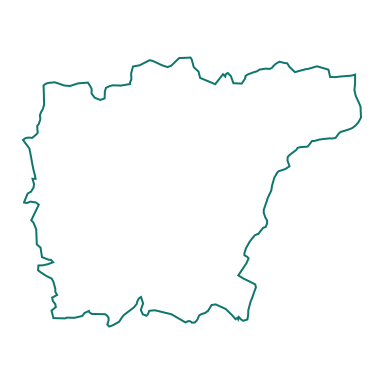 Dyarb Nigm, Ash Sharqiyah, Egypt (orthographic projection)
{"feature_id": "37247803B60189516177334", "entity_name": "Dyarb Nigm", "entity_type": "district", "adm_level": 2, "iso_a3": "EGY", "parent_name": "Egypt", "parent_adm1": "Ash Sharqiyah", "projection": "orthographic", "projection_center": [31.456, 30.753], "detail": "fine", "context": "isolated", "style": "outline", "palette": "teal", "viewbox_px": 384, "rotation_deg": 0, "n_neighbors": 0, "source": "geoboundaries", "source_scale": "gbopen_adm2", "svg_char_len": 4216}
<svg xmlns="http://www.w3.org/2000/svg" viewBox="0 0 384 384"><path d="M355.1,78.6L355.1,74.6L352.7,75.3L350.2,75.8L347.8,75.9L339.6,76.6L338.9,76.7L337.3,76.9L335.2,77.1L334.7,77.1L333.9,77.1L330.2,77.0L328.4,69.6L317.0,66.3L308.5,68.8L305.6,69.2L304.3,69.6L300.4,70.6L296.6,71.7L294.9,72.1L293.1,70.4L290.1,67.5L289.5,66.9L287.2,63.3L284.7,63.0L283.7,62.8L279.4,61.7L277.1,63.0L275.8,63.8L273.6,65.8L272.4,67.3L271.9,67.9L269.7,68.9L267.9,68.8L266.4,68.7L265.3,68.7L262.8,69.1L259.7,69.5L257.4,71.0L256.6,71.4L256.1,71.6L254.7,71.9L251.6,73.0L251.0,73.3L248.7,74.0L247.4,74.8L245.6,75.8L245.4,77.0L244.9,78.9L242.8,82.0L241.7,83.6L233.4,83.2L230.9,76.2L228.4,73.6L227.8,73.0L225.7,74.3L225.2,76.5L224.2,75.5L223.0,74.2L215.2,84.2L200.1,77.9L198.5,71.5L197.5,70.6L196.9,70.1L193.8,67.2L191.7,59.4L190.4,57.5L188.3,57.7L183.0,57.9L179.2,58.0L176.9,60.2L173.1,63.9L171.1,65.7L170.4,66.0L167.5,67.1L161.9,65.2L152.9,61.0L151.4,60.6L149.6,60.2L139.6,65.3L136.4,65.9L133.0,66.5L131.1,73.6L131.4,79.3L130.1,82.2L130.0,83.0L130.1,84.0L120.9,85.6L118.5,85.5L112.9,85.3L109.8,86.0L109.2,86.3L106.0,87.8L104.8,91.6L104.8,94.0L104.7,96.0L104.6,98.4L103.6,98.8L100.4,99.9L97.9,99.0L95.3,98.0L94.8,97.8L91.6,93.6L91.6,90.9L91.6,88.7L89.9,85.7L87.9,82.6L80.0,83.2L78.0,83.4L69.9,86.0L69.0,85.9L65.4,85.6L64.2,85.5L60.5,84.2L57.8,83.3L56.7,83.0L54.8,82.3L51.7,82.6L48.3,82.9L47.3,83.3L45.8,83.7L43.6,85.4L43.6,86.6L43.8,92.3L43.9,95.4L43.9,96.8L44.0,101.2L44.1,104.4L44.0,105.0L43.3,107.5L42.7,109.4L42.0,110.6L41.4,111.5L41.1,112.0L39.9,115.2L39.9,115.7L40.3,118.3L40.3,118.9L40.1,120.1L39.4,122.0L38.8,123.9L38.3,124.6L37.2,125.9L37.3,127.1L37.5,130.3L37.7,132.8L36.3,134.5L34.8,135.7L32.2,137.9L29.6,137.6L27.7,137.7L25.9,138.0L24.8,138.6L23.0,140.0L29.4,148.5L29.5,149.0L31.0,156.7L31.5,159.6L33.1,168.2L34.8,175.0L35.6,178.8L33.6,178.8L32.5,178.8L34.0,184.0L33.6,187.4L33.3,187.9L31.8,190.4L31.1,191.6L27.6,193.6L24.0,202.4L24.0,202.5L26.8,203.0L30.4,201.6L36.0,202.5L38.8,204.7L38.5,205.3L31.6,219.6L31.2,220.2L31.2,220.3L33.4,222.5L36.2,229.3L36.8,244.4L40.5,247.6L41.3,252.6L42.0,257.1L48.6,259.7L51.0,259.9L53.1,262.2L51.9,262.7L48.4,264.0L47.8,264.2L43.0,265.3L42.1,265.3L38.4,265.5L38.1,270.4L41.0,272.5L46.7,276.2L51.7,278.6L53.3,281.5L55.3,288.8L55.3,291.8L57.1,295.0L52.1,297.6L52.8,300.9L55.3,304.1L55.7,306.9L55.8,307.0L52.3,310.0L51.5,310.5L53.2,317.3L53.4,318.1L65.1,318.4L66.6,317.7L69.4,317.7L74.4,317.8L80.1,316.5L82.3,315.9L84.5,313.0L87.7,311.5L88.8,311.0L88.8,311.7L91.6,313.9L98.7,314.1L105.1,314.2L107.2,315.7L108.6,317.9L108.5,320.8L107.3,324.5L109.1,326.5L111.3,325.9L114.2,324.5L116.1,323.4L119.2,321.7L121.4,318.2L123.6,315.3L127.2,312.5L133.7,307.6L136.6,304.1L137.4,301.2L138.9,298.4L139.9,297.7L141.0,297.0L142.2,300.7L143.1,303.5L142.1,306.3L140.8,309.9L142.8,314.3L146.4,315.8L147.8,314.4L149.3,310.8L152.4,310.5L155.0,310.3L171.3,314.2L179.1,318.7L185.4,322.4L188.3,321.1L189.7,321.1L191.1,321.9L191.8,322.6L194.7,322.6L195.3,322.0L196.8,320.5L197.6,319.1L199.1,315.5L200.6,314.6L201.2,314.2L205.5,312.8L207.0,311.4L207.7,311.4L211.6,305.0L215.7,304.4L225.6,308.9L232.5,315.6L235.5,319.2L237.5,317.8L238.2,319.3L238.9,317.1L241.0,319.4L243.1,320.8L247.4,319.5L247.5,318.8L248.2,315.2L248.3,310.2L250.6,301.6L252.1,298.0L253.6,293.7L255.9,287.3L255.4,285.1L255.2,284.4L253.1,283.3L243.2,278.4L238.3,275.4L246.4,263.3L248.6,258.3L247.2,256.8L244.4,255.3L244.4,253.2L245.1,250.9L246.0,248.2L249.6,241.8L251.8,238.9L254.7,235.4L257.6,234.0L258.3,234.0L259.8,231.9L262.7,228.4L263.4,227.7L265.6,227.0L267.1,223.4L267.1,221.6L267.1,220.6L265.1,216.9L263.7,212.6L263.8,209.7L266.0,203.3L266.8,201.1L267.6,198.2L269.0,195.4L271.3,190.4L272.1,185.4L274.4,177.5L275.7,175.3L277.3,172.5L278.8,171.1L280.9,170.5L285.2,169.1L287.4,167.7L289.5,166.3L287.5,160.5L287.6,157.6L288.1,156.5L289.8,154.8L292.6,152.7L296.3,149.9L297.7,147.8L300.6,147.1L307.7,146.6L308.8,145.2L312.1,140.9L314.2,141.0L319.2,139.6L323.5,139.0L329.2,138.4L330.2,138.4L332.8,138.5L335.6,137.8L339.3,132.9L341.5,131.5L342.2,131.5L348.6,129.5L352.2,128.1L355.8,125.3L358.1,122.6L358.7,121.8L361.0,117.5L360.5,106.7L359.1,103.1L357.0,98.7L355.7,95.8L354.4,90.0L355.1,83.5L355.1,78.6Z" fill="none" stroke="#0f766e" stroke-width="2"/></svg>